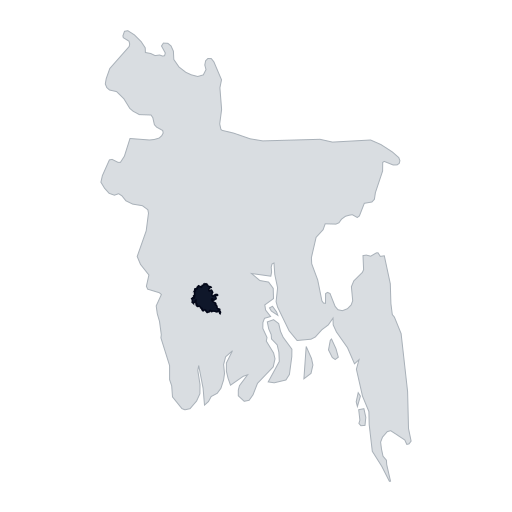 Narail, Khulna, Bangladesh shown in context
{"feature_id": "16705992B56503274196630", "entity_name": "Narail", "entity_type": "district", "adm_level": 2, "iso_a3": "BGD", "parent_name": "Bangladesh", "parent_adm1": "Khulna", "projection": "robinson", "projection_center": [89.616, 23.132], "detail": "fine", "context": "in_parent", "style": "filled", "palette": "ink", "viewbox_px": 512, "rotation_deg": 0, "n_neighbors": 0, "source": "geoboundaries", "source_scale": "gbopen_adm2", "svg_char_len": 8557}
<svg xmlns="http://www.w3.org/2000/svg" viewBox="0 0 512 512"><path d="M169.6,379.7L169.6,365.6L160.9,337.8L161.3,334.7L159.5,321.3L157.3,313.8L156.2,305.9L161.4,294.5L159.3,292.7L147.7,289.2L146.4,286.3L148.9,275.0L140.5,264.4L137.2,256.5L146.2,230.9L148.5,213.1L147.8,209.7L142.4,205.7L132.7,204.1L125.9,200.8L121.9,195.8L118.6,193.7L114.4,195.2L109.1,193.3L104.6,188.3L100.9,182.2L102.4,175.6L109.4,159.9L112.1,159.4L118.1,162.4L120.4,162.4L124.4,156.2L130.0,138.5L149.5,140.0L154.2,139.5L159.1,138.1L161.7,135.8L163.2,133.0L162.7,130.5L156.7,127.2L154.4,124.7L152.8,117.6L151.0,115.0L139.3,114.6L133.2,111.3L129.8,108.4L123.9,98.8L116.6,91.6L109.5,90.0L106.8,87.6L105.3,84.0L106.2,78.7L109.8,68.5L129.2,46.5L129.7,44.0L129.0,41.2L123.3,37.7L122.9,35.9L124.5,31.3L127.8,30.7L134.4,34.9L141.2,41.7L145.2,47.8L145.4,52.5L150.7,53.5L155.1,55.6L159.6,55.0L162.6,56.1L164.6,55.7L165.3,53.0L161.5,46.0L163.4,43.1L167.8,43.3L171.0,45.9L173.4,51.2L173.8,59.5L179.0,67.0L185.8,72.3L191.2,74.8L197.7,76.5L203.3,74.9L206.0,69.6L204.8,65.0L205.6,60.8L207.9,58.5L211.3,58.6L213.9,61.9L221.5,79.8L219.9,87.8L221.6,109.5L219.7,123.9L220.9,129.4L222.2,130.4L233.6,133.1L250.1,138.8L262.8,140.9L320.0,139.3L332.5,142.1L370.6,140.0L381.0,144.6L392.4,152.0L398.8,157.6L399.9,160.7L399.2,163.4L397.1,164.9L393.2,165.0L384.2,161.4L382.7,162.4L382.6,171.0L375.4,192.6L374.4,199.3L371.9,202.0L364.3,203.3L359.4,215.9L357.3,217.5L352.3,214.7L349.3,215.2L345.4,216.3L341.5,219.2L338.9,222.8L335.9,224.1L325.2,223.8L323.1,229.7L316.1,237.3L311.4,257.6L311.7,263.8L317.7,280.0L321.9,300.9L323.5,303.1L325.5,303.3L325.6,293.6L327.5,292.4L330.0,293.5L335.1,306.4L337.9,309.7L342.4,310.7L347.5,308.7L351.2,304.9L352.7,300.8L351.4,286.7L353.8,280.9L362.4,272.4L363.6,269.7L363.0,255.6L366.3,255.1L370.7,256.2L376.3,252.9L378.0,252.8L380.3,256.4L384.3,255.8L390.3,283.8L390.9,303.6L392.3,314.6L394.4,317.1L401.1,333.6L407.6,391.7L408.5,428.5L411.1,441.1L409.0,443.9L406.8,444.4L404.8,440.0L390.7,430.7L387.3,431.6L382.5,437.1L380.6,442.1L381.5,449.2L383.0,456.2L386.4,460.2L386.7,464.6L390.5,481.2L389.4,481.3L381.7,466.2L372.3,451.3L369.2,424.7L368.9,411.6L362.5,396.1L356.4,369.2L359.0,359.7L354.5,363.8L347.5,347.7L336.4,331.9L333.2,324.9L333.0,318.1L328.3,324.9L321.9,329.7L315.3,337.0L311.0,339.2L297.1,340.5L289.1,330.8L277.6,307.1L276.1,301.7L277.6,287.8L274.8,274.6L274.0,263.0L272.0,264.0L271.2,267.2L271.6,272.1L270.8,276.2L251.5,273.5L259.8,280.5L268.6,282.1L273.2,288.3L273.5,298.6L264.8,304.9L265.6,310.1L270.6,316.5L264.5,318.3L262.9,322.5L262.8,328.4L267.0,337.5L266.3,341.1L273.6,353.0L275.0,358.8L273.2,366.9L257.5,383.3L253.0,394.8L249.1,400.3L244.2,401.3L238.3,395.8L238.3,390.1L239.5,385.6L247.6,374.8L243.2,376.3L230.5,385.2L228.0,378.0L226.4,371.2L226.4,363.0L232.5,350.7L225.6,356.8L223.6,364.5L224.5,373.5L223.6,379.9L220.9,388.3L217.2,393.3L211.2,396.5L208.5,401.5L204.5,405.1L203.1,388.3L198.7,365.5L197.8,370.4L200.0,384.5L199.9,393.7L196.6,401.0L190.0,408.7L184.9,409.8L181.9,408.6L172.5,396.9L171.7,385.8L169.6,379.7ZM285.9,380.0L274.2,382.8L268.2,381.9L279.3,361.5L278.9,352.3L277.2,344.9L271.5,338.9L271.2,334.6L268.7,328.8L267.3,321.9L273.6,319.7L278.7,323.6L280.5,331.4L283.1,337.2L291.9,349.2L291.8,356.6L289.4,374.5L285.9,380.0ZM311.0,373.4L303.9,378.8L306.2,346.5L311.5,358.5L312.9,365.0L311.0,373.4ZM338.3,357.2L335.2,359.5L332.3,357.5L328.5,349.9L330.3,340.3L331.5,339.0L336.0,348.8L338.3,357.2ZM365.0,425.4L360.9,425.7L358.9,423.4L359.9,420.2L358.7,409.7L363.9,408.7L365.8,417.4L365.0,425.4ZM360.4,396.1L357.4,406.5L356.2,401.8L358.2,392.7L360.4,396.1ZM276.6,312.0L277.8,315.3L271.3,311.0L269.5,307.9L272.5,306.3L276.6,312.0Z" fill="#d9dde1" stroke="#a8b0b8" stroke-width="1"/><path d="M220.1,313.7L220.2,313.3L220.5,312.6L220.5,312.3L220.4,311.8L220.2,311.3L219.7,310.9L219.5,310.7L219.6,310.0L219.6,309.8L219.8,309.5L219.8,309.4L219.7,309.2L219.2,309.0L217.9,308.7L217.5,308.5L217.1,307.9L217.0,306.6L216.7,305.8L216.5,305.3L216.3,305.1L216.1,305.2L215.6,305.1L215.4,305.0L215.2,304.8L215.3,304.4L215.5,304.0L215.8,303.5L215.7,303.3L215.5,303.1L215.3,302.9L213.6,302.1L213.2,301.8L212.7,301.4L212.3,301.0L212.2,300.7L211.8,300.3L211.6,299.8L211.5,299.5L211.5,299.1L211.7,298.8L211.8,298.7L212.0,298.7L212.4,298.7L212.6,298.8L213.0,299.2L213.1,299.4L213.2,300.0L213.3,300.1L213.6,300.2L213.8,300.2L214.2,300.0L215.3,299.2L215.9,299.0L216.1,298.7L216.1,298.2L215.9,297.6L215.5,296.9L215.3,296.7L215.4,296.4L215.5,296.0L215.6,295.8L215.9,295.6L217.5,295.4L217.7,295.1L217.5,294.8L217.3,294.6L216.9,294.4L216.4,294.5L216.0,294.4L215.6,294.5L215.0,294.8L214.2,295.2L213.5,295.8L213.2,296.2L213.2,296.3L212.8,296.4L212.6,296.3L212.4,296.0L212.0,295.1L211.9,294.8L212.0,294.0L212.1,293.6L212.2,293.1L212.3,293.0L212.3,292.9L212.5,292.7L212.3,292.6L212.4,292.3L212.5,291.9L212.5,291.7L212.3,291.3L211.5,290.1L211.2,290.0L210.9,290.0L210.9,289.9L210.9,290.1L210.5,290.2L210.3,290.3L209.8,290.8L209.4,291.0L209.2,291.0L209.1,290.9L208.8,290.5L208.7,289.7L208.9,289.2L209.1,288.7L209.9,287.8L210.5,287.5L210.9,287.5L211.2,287.4L211.0,287.0L210.5,286.7L210.1,286.6L209.5,286.5L208.9,286.5L208.6,286.5L208.3,286.2L208.0,285.9L207.9,285.6L207.8,285.3L207.5,285.0L206.9,284.7L206.9,284.1L206.7,284.0L206.1,284.2L205.9,284.0L205.6,284.0L205.6,283.9L205.3,284.0L205.1,283.9L205.1,284.1L204.6,284.2L204.3,284.2L203.9,284.1L203.9,284.3L203.9,284.7L203.6,285.0L202.9,285.2L202.8,285.3L202.6,285.3L202.2,285.4L202.1,286.0L201.9,286.1L201.7,286.4L201.7,286.9L201.6,287.1L201.5,287.3L201.3,287.4L201.1,287.3L201.0,287.2L201.0,286.9L200.8,286.8L200.6,286.6L200.4,286.6L200.2,286.7L199.7,286.1L199.8,286.1L199.7,286.1L199.4,286.1L199.2,286.0L198.9,286.0L198.8,285.8L198.6,285.7L198.3,285.9L198.3,286.1L198.5,286.5L198.5,286.9L198.4,286.9L198.0,286.6L197.8,286.7L197.7,286.8L197.4,286.9L197.4,287.2L197.3,287.6L197.3,287.8L197.4,288.2L197.3,288.3L197.2,288.2L197.1,288.5L196.9,288.4L196.9,288.5L196.9,289.0L196.4,289.0L196.2,288.9L195.9,288.7L195.7,288.7L195.5,288.9L195.3,288.9L195.2,289.0L194.9,288.9L194.8,289.1L194.7,289.4L194.8,289.9L194.8,290.1L194.9,290.4L195.4,290.9L195.2,291.0L195.2,290.9L195.0,291.0L194.9,291.1L194.7,291.1L194.4,291.1L194.4,291.4L194.3,291.5L194.6,291.5L194.7,291.9L194.7,292.1L194.7,292.9L194.6,293.1L194.7,293.4L194.5,293.7L194.5,294.2L194.7,294.4L194.7,294.5L194.7,294.8L194.6,294.7L194.6,295.0L194.4,295.4L194.2,295.5L194.3,295.6L194.3,295.8L194.4,296.0L194.2,296.0L193.9,296.1L194.0,296.2L194.0,296.3L194.1,296.2L194.1,296.4L194.2,296.6L194.1,296.8L193.8,296.7L193.8,296.8L193.7,297.1L194.5,297.7L194.4,298.1L194.0,298.2L193.7,298.0L193.3,298.2L193.2,298.1L193.1,297.9L193.0,298.0L192.9,297.9L192.7,297.8L192.6,298.1L192.4,298.2L192.2,298.1L192.3,298.2L192.2,298.3L191.9,298.4L191.7,298.5L192.0,299.0L192.0,299.4L192.2,299.8L192.2,300.1L192.4,300.5L192.4,300.8L192.4,301.0L192.1,302.3L192.9,302.9L193.1,303.1L193.0,302.7L193.4,302.5L193.9,302.6L194.1,302.6L194.3,302.6L194.3,302.3L194.4,302.1L194.8,301.8L194.9,301.5L195.0,301.6L195.3,300.9L195.6,300.8L195.6,300.7L195.7,300.4L195.9,300.2L196.0,300.1L196.1,300.3L196.0,301.0L196.1,302.0L196.0,302.4L195.9,302.7L195.9,303.3L196.2,303.5L196.6,303.6L196.7,303.8L196.2,303.8L196.2,304.0L196.1,304.4L196.1,304.8L196.3,304.9L196.4,305.2L196.8,304.9L196.9,305.6L197.0,305.7L197.0,305.9L197.2,306.0L197.3,306.4L197.7,306.5L197.8,306.5L198.0,306.5L198.2,306.3L198.7,306.3L199.2,306.1L200.0,306.5L200.3,307.0L200.5,307.8L201.3,308.1L201.2,308.3L201.3,308.4L201.7,308.5L201.9,308.5L201.8,308.9L201.9,309.0L201.9,309.4L202.0,309.4L202.1,309.2L202.2,309.3L202.3,309.7L202.3,310.2L202.4,310.3L202.8,310.5L202.9,310.8L203.0,310.9L203.4,310.8L203.8,310.5L203.9,310.3L204.1,309.9L204.3,309.7L204.5,309.8L205.0,309.9L205.4,310.0L205.7,310.2L205.7,310.4L205.6,310.7L205.6,310.8L205.9,311.0L206.2,311.3L206.5,311.8L207.0,312.4L207.1,312.5L207.3,312.5L207.7,311.9L207.9,311.9L208.0,311.8L208.2,311.4L208.2,311.6L208.3,312.0L208.5,312.1L208.8,311.9L209.1,311.9L209.4,311.7L209.5,311.7L209.9,311.5L210.0,311.3L210.0,311.1L209.9,311.0L209.9,310.8L209.8,310.7L210.1,310.4L210.5,310.7L210.9,310.9L211.0,310.9L211.3,310.9L211.5,311.2L211.7,311.4L211.7,311.6L212.1,311.5L212.1,311.0L212.3,310.9L212.6,310.9L213.5,311.1L214.0,311.3L214.9,311.1L215.0,311.2L215.3,311.4L215.6,311.2L215.8,311.2L215.8,311.3L215.7,311.4L216.2,311.9L216.3,311.9L217.1,311.8L217.4,311.8L217.6,311.5L217.8,311.0L218.0,310.6L218.6,310.4L219.0,310.4L219.2,310.5L219.3,310.5L219.2,310.7L219.0,311.0L219.1,312.0L219.6,312.5L219.7,312.8L219.7,313.2L219.8,313.3L219.8,313.5L220.1,313.7Z" fill="#0f172a" stroke="#020617" stroke-width="1.5"/></svg>